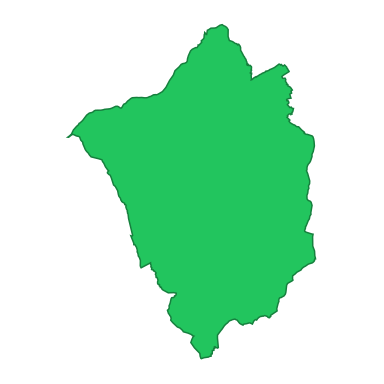 Berzunti, Bacau, Romania (orthographic projection), rotated 89°
{"feature_id": "2599482B20873643169779", "entity_name": "Berzunti", "entity_type": "district", "adm_level": 2, "iso_a3": "ROU", "parent_name": "Romania", "parent_adm1": "Bacau", "projection": "orthographic", "projection_center": [26.631, 46.4], "detail": "fine", "context": "isolated", "style": "filled", "palette": "green", "viewbox_px": 384, "rotation_deg": 89, "n_neighbors": 0, "source": "geoboundaries", "source_scale": "gbopen_adm2", "svg_char_len": 5888}
<svg xmlns="http://www.w3.org/2000/svg" viewBox="0 0 384 384"><g transform="rotate(89 192 192)"><path d="M262.8,70.7L262.5,70.9L261.6,70.6L261.0,70.4L260.8,69.9L260.9,69.7L260.3,69.7L258.2,70.3L253.1,70.5L248.2,72.2L238.9,72.2L236.3,71.7L236.0,73.2L234.2,78.5L233.4,79.9L232.7,80.1L230.1,79.2L228.5,79.1L228.4,78.8L227.7,78.4L222.7,76.3L220.9,75.1L218.3,74.6L216.3,73.4L215.0,73.6L207.5,72.2L204.3,73.1L203.3,73.9L202.5,75.9L201.0,77.1L197.5,77.2L195.2,76.3L191.9,75.9L190.5,75.1L187.9,75.4L185.8,74.3L183.0,74.1L175.7,76.0L172.7,77.2L171.9,76.7L169.5,76.6L168.1,76.2L166.4,75.4L164.6,73.8L163.0,72.9L158.7,71.4L156.5,71.4L153.7,70.1L148.1,68.8L143.5,69.1L140.9,69.5L138.8,70.2L138.0,71.0L136.4,75.6L136.3,77.0L135.5,78.4L134.9,79.0L134.3,78.5L134.1,78.7L131.8,81.4L128.7,84.2L128.4,86.4L126.8,88.2L126.6,89.2L124.5,92.6L122.8,93.8L121.8,92.9L119.0,95.7L118.1,94.9L117.3,95.3L115.7,93.5L115.5,92.3L116.3,91.8L115.9,91.5L115.9,90.7L114.1,90.7L113.9,90.1L113.2,89.8L110.3,89.1L110.2,90.2L108.8,91.4L109.3,92.6L106.7,94.9L106.2,95.1L104.8,93.7L103.9,93.6L102.4,94.4L102.4,95.5L101.3,95.8L101.1,95.7L100.2,93.6L99.9,91.4L95.9,92.6L94.9,90.7L92.8,91.2L91.8,89.9L89.1,91.7L88.3,92.8L87.8,94.1L86.3,94.3L86.1,95.5L85.2,95.2L82.9,96.6L81.0,96.3L79.8,97.0L80.0,99.0L79.7,99.5L78.1,100.1L76.8,98.6L73.6,93.3L73.3,92.8L72.9,92.9L71.4,93.9L70.6,94.2L69.8,94.9L68.9,95.1L66.6,97.2L67.7,98.8L66.1,100.5L66.6,101.1L66.1,101.6L65.6,102.7L69.0,107.4L70.6,110.9L70.8,111.8L71.6,112.9L72.6,115.2L72.3,115.8L73.4,116.9L74.1,118.4L74.4,119.6L75.1,120.4L75.7,121.9L78.2,125.8L77.8,126.0L78.8,127.9L80.6,129.9L80.9,130.8L80.0,130.5L76.4,130.9L75.4,130.4L74.4,130.3L74.4,131.4L74.0,131.7L73.8,131.6L73.5,130.9L71.4,130.7L71.1,130.3L70.5,130.7L69.0,130.3L67.7,130.4L66.4,131.7L66.6,132.3L66.3,134.2L65.7,134.2L65.5,133.5L64.9,134.0L65.3,134.9L63.2,134.8L62.0,135.4L60.2,135.8L59.5,136.5L57.9,137.2L57.2,137.8L52.0,140.4L51.3,140.9L48.3,140.9L46.9,141.4L45.1,142.7L45.0,143.3L45.7,143.4L45.8,143.7L44.4,145.1L44.1,146.5L42.9,147.9L42.2,149.1L41.2,152.0L37.1,153.2L30.3,153.0L28.1,154.4L26.9,156.0L26.2,157.6L25.2,158.9L25.7,161.1L28.2,165.0L28.5,166.9L28.5,170.2L30.1,172.7L30.5,173.8L34.8,174.6L34.7,175.2L33.6,175.7L32.8,176.5L34.2,176.6L34.8,177.0L38.0,177.3L38.9,177.7L41.0,180.1L42.5,179.7L45.3,182.5L45.4,182.8L45.1,183.0L45.2,183.4L45.9,183.2L47.7,184.4L47.7,185.9L49.0,188.7L49.3,189.3L50.9,191.0L55.6,193.2L58.8,194.2L61.2,194.5L62.3,195.3L63.1,196.8L63.5,199.1L64.2,200.6L66.7,202.7L70.4,206.9L74.8,208.6L80.0,212.4L86.9,216.2L91.1,219.8L93.7,224.4L94.2,225.9L94.0,226.8L94.2,228.9L95.6,231.4L96.0,233.1L96.6,234.2L97.0,236.0L97.0,237.8L96.6,240.7L96.7,243.7L96.5,245.6L96.7,249.9L96.9,250.5L97.7,251.9L98.3,252.5L100.0,254.8L102.3,256.8L103.1,258.8L106.5,260.8L106.9,261.5L106.7,262.3L105.4,264.1L105.0,265.0L105.0,266.8L106.7,270.5L107.4,272.8L107.8,277.9L108.3,279.7L108.6,281.7L108.6,287.0L109.1,288.3L110.2,289.6L110.7,290.5L111.3,293.3L113.3,296.0L118.7,300.2L121.0,302.8L121.4,303.7L122.7,304.3L124.4,306.3L127.9,309.5L132.0,311.5L133.8,313.5L135.0,315.2L135.1,314.4L132.9,311.5L132.3,310.2L132.8,308.8L133.9,306.7L134.4,304.5L135.0,303.4L138.2,302.3L140.3,300.4L142.1,300.2L147.8,297.9L149.7,296.6L151.2,295.1L153.2,293.9L155.1,292.3L157.1,284.8L158.2,281.5L160.0,280.9L161.6,279.7L165.3,278.1L168.3,276.0L169.0,275.5L169.2,275.0L169.4,274.9L170.8,276.2L171.5,276.2L173.1,274.7L173.8,273.5L176.5,272.4L183.6,270.3L185.1,268.6L189.4,266.3L193.5,265.6L195.1,265.1L196.8,263.8L199.1,263.1L199.3,262.7L200.2,262.5L201.1,261.4L202.1,259.6L203.4,259.5L203.6,258.6L204.2,258.2L205.8,258.4L208.1,257.7L209.7,256.8L210.7,257.1L211.4,256.7L212.1,256.8L213.0,256.3L217.3,255.9L234.4,252.1L235.1,252.8L234.7,253.9L242.2,251.1L243.6,251.1L243.6,250.1L246.1,248.6L248.0,248.0L249.7,247.7L250.9,247.9L251.0,247.6L253.3,247.0L255.1,246.8L256.5,245.8L259.5,244.8L264.8,245.0L266.0,244.7L266.9,244.2L262.1,234.7L263.5,234.7L264.4,234.2L266.2,234.4L267.0,233.5L268.7,233.8L268.9,233.6L269.2,232.1L270.2,231.8L270.1,231.3L271.9,229.5L272.6,229.4L273.1,229.9L273.9,230.0L274.8,229.4L276.4,229.5L276.8,229.3L276.8,228.6L277.1,228.3L279.6,227.5L281.2,228.0L282.7,228.0L283.7,227.5L283.9,227.0L283.8,226.5L284.0,226.1L285.3,226.3L286.3,225.0L286.9,225.2L286.9,224.4L288.6,223.7L289.5,222.7L292.4,217.5L292.3,211.9L292.9,209.5L294.6,209.7L295.6,211.2L296.0,211.0L296.5,211.5L297.3,212.6L297.2,213.7L297.4,214.2L298.5,214.8L302.8,215.8L305.4,216.9L307.6,216.8L308.9,217.5L309.8,218.6L313.2,217.6L314.1,216.7L314.9,216.5L316.2,215.5L318.0,215.1L319.8,215.5L322.3,213.5L326.7,209.0L327.8,206.4L330.3,203.8L331.6,203.1L333.0,198.5L334.3,195.5L334.9,194.5L335.5,194.3L336.1,192.7L336.6,193.3L339.2,194.6L342.5,195.8L347.8,192.3L353.5,187.0L356.4,186.7L358.5,186.0L358.8,185.6L357.9,182.9L357.3,178.3L356.7,177.4L356.5,175.8L354.4,175.7L354.2,174.6L350.8,174.4L350.7,172.9L350.3,172.8L349.3,173.1L348.9,173.0L348.8,172.3L347.3,172.4L347.0,171.9L347.1,171.5L348.0,171.2L348.2,170.7L348.0,169.7L348.5,169.1L348.0,168.4L338.4,169.1L335.5,169.0L330.6,165.2L330.0,164.6L326.3,162.0L324.7,160.4L323.5,158.8L321.4,156.8L321.1,155.6L320.3,153.7L319.8,151.3L320.2,150.8L320.9,149.1L324.1,146.7L325.1,145.2L326.0,143.3L325.3,142.9L325.0,142.3L324.6,139.6L324.0,137.5L323.9,136.4L325.1,133.9L322.4,132.6L321.3,131.7L320.7,130.8L321.2,129.8L321.0,129.4L319.8,128.7L318.4,127.1L317.6,125.5L317.6,124.3L317.3,124.0L317.3,123.5L317.4,122.9L316.8,121.4L317.7,119.0L318.7,118.1L319.1,117.0L319.0,116.6L317.9,116.0L318.0,115.7L317.8,115.5L317.6,115.7L316.6,115.4L312.4,109.0L310.2,109.3L305.0,107.9L302.8,107.0L301.7,107.2L300.1,106.7L299.3,106.1L299.2,105.0L297.4,101.7L295.6,100.4L293.8,99.9L286.9,99.0L285.5,98.3L284.8,97.6L282.7,93.6L281.9,92.6L280.3,93.0L277.5,92.8L275.9,90.5L274.0,88.5L271.9,84.4L270.4,83.4L269.1,81.8L268.0,79.7L266.1,76.9L264.9,72.8L263.8,71.5L262.8,70.7Z" fill="#22c55e" stroke="#15803d" stroke-width="1.5"/></g></svg>